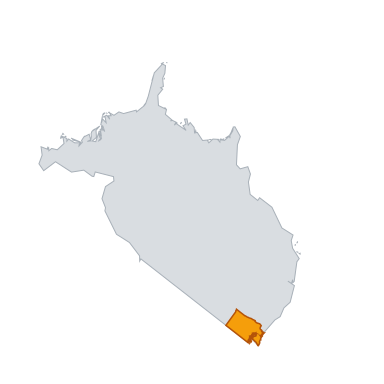 Washington on a map of United States of America (Equal Earth projection), rotated 218°
{"feature_id": "USA-3519", "entity_name": "Washington", "entity_type": "State", "adm_level": 1, "iso_a3": "USA", "parent_name": "United States of America", "parent_adm1": "", "projection": "equal_earth", "projection_center": [-122.689, 47.279], "detail": "fine", "context": "in_parent", "style": "filled", "palette": "amber", "viewbox_px": 384, "rotation_deg": 218, "n_neighbors": 0, "source": "natural_earth", "source_scale": "10m", "svg_char_len": 8638}
<svg xmlns="http://www.w3.org/2000/svg" viewBox="0 0 384 384"><g transform="rotate(218 192 192)"><path d="M299.2,133.5L318.2,131.8L322.0,117.5L330.0,120.0L332.8,128.8L338.8,134.7L332.0,136.8L332.0,138.4L330.2,136.4L329.4,139.9L324.2,142.3L322.7,151.4L326.9,155.3L329.0,154.8L328.0,153.1L328.9,153.9L329.6,155.8L323.5,157.1L321.9,155.0L321.9,157.8L314.7,158.5L310.1,162.1L310.2,160.0L309.4,158.7L309.0,163.7L310.7,164.5L311.1,168.8L308.6,174.2L304.0,170.8L305.6,167.4L303.4,169.8L305.3,173.6L307.4,175.8L308.2,178.2L305.3,187.2L305.6,181.5L300.9,176.2L302.1,170.7L298.8,172.4L301.8,180.6L297.8,178.1L296.6,178.4L297.2,175.8L297.0,175.0L296.2,177.0L296.4,178.7L302.5,182.0L301.6,183.4L298.6,180.5L297.6,180.1L301.3,183.5L302.7,184.2L302.4,186.3L300.4,184.7L303.6,187.9L303.0,188.3L301.5,186.7L298.0,185.9L302.7,189.0L305.3,188.9L309.3,196.6L305.9,190.7L307.4,194.5L302.3,193.7L306.6,197.6L308.1,196.5L306.5,200.0L301.6,198.7L304.8,200.6L302.7,202.3L305.8,203.6L300.7,204.4L298.9,210.1L294.2,211.7L286.4,222.1L285.0,221.0L282.8,230.6L282.9,233.0L285.4,240.5L295.1,262.7L294.1,274.6L290.7,275.3L286.5,268.9L285.2,263.6L279.5,257.5L280.9,254.8L278.4,255.0L278.5,247.2L271.7,239.5L262.9,241.3L260.8,236.8L251.9,236.4L252.8,234.7L251.4,236.4L247.5,237.2L247.1,233.8L246.7,236.2L234.6,236.9L239.9,238.6L238.5,241.7L242.8,244.8L241.0,246.5L236.2,242.4L236.2,245.6L230.1,244.2L226.3,240.1L224.5,242.2L215.4,239.1L210.7,243.5L211.9,242.3L209.0,241.1L208.1,246.6L203.1,250.1L204.2,249.1L200.7,248.5L202.1,250.4L198.1,252.7L197.0,258.8L195.1,257.9L196.8,259.5L197.5,265.2L199.5,268.6L198.3,269.8L188.1,265.5L185.3,257.2L173.7,240.8L168.3,239.9L163.6,246.3L157.0,242.1L153.7,234.6L144.7,225.9L135.0,225.8L135.2,229.1L119.6,229.2L99.0,219.0L85.9,220.3L83.9,214.8L78.1,209.6L66.5,205.5L66.4,201.6L56.4,184.4L56.7,182.6L58.7,184.9L57.4,181.2L61.6,180.8L53.7,181.3L46.8,165.6L48.2,157.3L45.8,148.1L47.9,142.2L48.8,125.6L52.7,126.0L48.4,125.2L49.6,120.7L48.1,120.8L45.4,111.7L54.9,113.2L53.1,118.0L56.2,114.6L55.9,118.6L53.7,119.6L55.3,119.8L57.1,118.1L57.6,114.0L54.9,107.8L191.1,107.8L190.7,105.4L194.0,109.4L210.2,113.7L225.5,112.2L249.0,123.5L250.5,126.4L258.8,131.3L263.5,143.0L260.3,152.6L263.3,155.8L280.6,148.2L278.9,143.7L280.4,142.9L290.7,142.6L299.2,133.5ZM317.4,160.5L320.5,160.0L310.0,162.9L318.4,159.4L317.4,160.5ZM55.7,111.6L57.0,114.2L56.9,114.6L55.1,112.6L55.7,111.6ZM199.2,267.6L197.5,262.6L197.4,259.8L197.8,262.8L199.2,267.6ZM332.8,137.1L333.1,138.5L332.6,138.2L332.8,137.1ZM226.5,241.6L226.9,242.7L225.8,241.8L226.5,241.6ZM71.0,209.9L72.3,209.3L72.5,209.5L71.0,209.9ZM69.6,209.5L69.1,210.3L68.6,209.6L69.6,209.5ZM326.5,157.3L325.8,158.2L325.5,158.0L326.5,157.3ZM198.0,257.2L197.4,259.5L198.9,255.1L198.0,257.2ZM292.2,255.3L294.0,259.8L291.9,254.9L292.2,255.3ZM77.9,213.5L78.5,214.6L77.8,213.6L77.9,213.5ZM294.8,275.3L293.8,276.7L295.3,273.8L294.8,275.3ZM310.2,199.3L309.3,200.9L309.6,197.0L310.2,199.3ZM54.4,109.6L54.4,110.3L53.8,109.9L54.4,109.6ZM202.2,251.3L200.3,252.3L202.2,251.0L202.2,251.3ZM329.6,157.7L329.8,158.7L328.8,158.5L329.6,157.7ZM78.0,216.7L78.4,218.1L77.8,216.9L78.0,216.7ZM199.9,253.1L199.2,253.7L199.8,252.8L199.9,253.1ZM308.0,179.9L307.2,182.1L308.1,179.1L308.0,179.9ZM210.2,244.5L209.0,245.3L210.7,243.8L210.2,244.5ZM283.2,231.8L283.2,233.6L282.9,232.3L283.2,231.8ZM306.3,203.9L305.9,204.2L306.9,202.9L306.3,203.9ZM266.1,240.9L264.7,241.8L264.1,241.6L266.1,240.9ZM246.9,236.9L246.7,237.2L245.8,237.2L246.9,236.9ZM283.6,263.8L283.9,265.1L283.3,263.5L283.6,263.8ZM243.3,239.4L243.2,240.6L242.9,238.5L243.3,239.4ZM291.7,278.4L290.9,278.6L292.0,278.2L291.7,278.4ZM311.0,169.5L310.7,170.5L311.1,169.0L311.0,169.5ZM308.5,201.2L308.0,201.6L307.9,201.6L308.5,201.2Z" fill="#d9dde1" stroke="#a8b0b8" stroke-width="1"/><path d="M55.1,107.8L83.2,107.8L83.8,124.5L84.3,125.3L84.5,125.9L84.3,126.3L84.7,127.0L74.0,127.0L73.8,127.2L73.5,127.3L71.1,127.5L70.7,127.8L69.3,128.0L68.3,128.4L67.8,128.7L67.5,128.7L67.1,128.8L66.6,128.9L65.8,128.8L65.6,128.9L64.4,129.3L63.7,129.2L63.1,129.5L62.9,129.0L62.5,128.9L61.0,128.7L60.3,128.9L59.9,128.8L59.0,129.3L57.5,129.8L56.7,129.7L56.1,129.5L55.5,129.4L55.2,129.3L55.1,128.9L55.1,128.4L54.9,128.2L55.0,127.8L54.8,127.1L54.6,126.9L54.4,126.4L54.0,126.1L53.3,125.8L52.3,126.0L51.8,125.7L51.5,125.2L50.8,125.3L50.5,125.2L50.3,125.0L50.0,125.2L49.8,125.1L49.4,125.4L49.2,125.3L48.9,125.0L48.7,124.9L48.5,125.1L48.4,125.2L48.5,124.1L48.4,122.8L48.5,122.7L48.6,122.9L48.7,123.3L48.7,124.5L49.0,124.5L49.2,124.1L49.6,124.4L49.1,123.9L49.3,123.6L49.3,123.4L49.0,122.9L49.3,123.1L49.2,122.7L49.4,122.5L49.7,122.5L50.0,122.6L49.8,122.6L49.3,122.1L49.2,122.3L48.9,122.2L48.9,122.4L48.3,122.2L48.2,121.2L48.3,121.1L48.3,121.3L48.4,121.5L48.7,121.6L48.7,121.3L48.6,121.2L49.8,120.8L48.8,120.6L48.7,120.3L48.2,120.2L48.1,120.3L48.1,120.7L48.3,120.9L48.1,120.9L47.9,121.0L48.0,120.2L47.8,119.3L47.6,118.6L47.3,118.3L47.5,118.3L47.2,118.2L47.1,117.0L46.8,115.7L46.5,115.5L46.5,115.3L46.2,115.1L46.0,114.9L45.8,114.9L45.5,114.1L45.5,113.4L45.2,113.0L45.5,112.7L45.4,112.5L45.5,112.4L45.6,112.0L45.3,111.8L45.3,111.6L46.0,111.7L46.9,112.2L47.4,112.4L47.8,112.4L48.6,113.0L49.0,113.0L49.9,113.1L50.4,113.0L50.9,113.2L51.1,113.1L51.3,113.2L51.8,113.2L51.6,113.2L51.7,113.3L52.6,113.3L53.1,113.0L53.3,112.9L53.0,113.1L53.3,113.1L53.5,113.3L53.6,113.5L53.8,113.8L53.8,113.5L54.2,113.5L54.4,113.7L54.5,113.9L54.6,114.0L54.7,113.9L54.4,113.6L54.4,113.4L54.6,113.3L55.0,113.2L55.1,113.3L54.9,113.4L54.9,113.6L55.7,114.9L55.4,115.0L55.1,115.5L54.9,116.1L54.7,116.0L54.8,115.5L54.8,115.1L54.7,115.4L54.6,115.5L54.5,115.2L54.5,115.4L54.6,115.7L54.5,115.8L54.3,116.3L53.7,116.9L53.5,117.3L53.2,117.6L53.0,118.2L53.2,118.3L53.5,118.3L54.3,118.0L54.6,117.7L53.6,118.1L53.4,118.1L53.7,117.1L54.1,116.7L55.0,116.2L55.2,115.7L55.7,115.1L55.8,115.1L56.0,115.2L55.8,114.4L56.2,114.7L56.4,115.3L56.4,115.5L56.5,115.6L56.4,115.8L56.0,115.7L56.0,115.9L55.8,116.1L55.5,115.8L55.7,116.0L55.9,116.8L55.7,116.8L55.4,116.3L55.3,116.5L55.6,116.8L55.4,117.1L56.1,116.7L56.2,117.1L56.3,117.2L56.0,118.0L55.9,118.3L56.0,118.6L56.0,118.8L55.4,118.6L55.7,118.1L55.7,117.9L55.6,118.1L55.2,118.3L55.1,118.7L55.2,119.0L55.1,119.3L54.8,118.9L54.8,118.7L54.8,117.9L54.6,118.5L54.2,118.7L54.0,119.3L53.5,119.6L53.4,119.7L53.7,119.6L53.4,119.9L54.2,119.4L53.9,119.8L53.8,120.0L54.0,119.9L54.1,119.7L54.1,119.9L54.2,120.1L54.4,120.2L54.3,119.9L54.3,119.7L54.6,119.4L54.5,119.7L54.7,119.4L55.2,119.9L55.6,119.7L56.0,119.1L56.1,118.7L56.7,118.8L56.8,118.7L56.7,118.6L57.2,118.2L57.0,117.7L57.0,117.3L56.8,116.8L56.9,116.7L57.1,116.9L57.1,116.6L56.7,116.3L56.9,115.9L56.8,115.4L56.9,115.1L57.1,114.9L57.2,114.5L57.7,114.2L57.9,113.9L57.7,113.8L57.1,113.5L57.0,113.3L56.9,112.7L56.6,112.6L56.6,112.8L56.5,113.0L56.9,113.4L57.1,113.7L56.3,113.1L56.2,112.8L56.2,112.5L56.6,112.4L56.8,112.6L56.9,112.3L56.9,112.1L56.4,111.8L56.2,111.7L56.0,111.3L55.9,111.3L55.6,111.5L55.4,111.3L55.5,111.2L55.3,110.9L55.7,110.8L55.9,111.2L56.0,111.0L56.4,111.2L56.3,110.7L56.0,110.4L56.5,110.6L56.6,110.4L56.5,110.1L56.4,110.0L56.3,109.7L56.2,109.7L56.3,109.4L55.9,109.1L55.6,109.5L55.5,109.4L55.6,109.2L55.3,109.0L55.3,108.8L55.0,108.5L55.0,108.4L55.0,108.1L54.8,108.2L55.2,108.0L55.1,107.8ZM56.9,114.0L57.1,114.4L56.9,114.7L56.6,114.6L56.6,114.3L56.4,114.2L56.2,114.3L55.9,114.1L55.8,113.7L55.8,113.1L55.7,113.0L55.1,112.8L55.1,112.5L55.5,111.6L55.8,111.5L55.9,111.8L56.2,112.0L56.1,112.3L55.9,112.1L55.7,112.4L55.6,112.2L55.6,112.5L55.2,112.6L55.3,112.7L55.6,112.7L55.9,112.9L56.1,114.0L56.3,113.9L56.2,113.7L56.3,113.5L56.9,114.0ZM53.7,110.9L54.0,111.2L53.7,111.2L53.2,110.9L53.0,110.3L53.2,110.1L54.0,110.7L53.7,110.9ZM55.1,109.9L54.7,110.2L54.4,109.6L54.3,109.9L54.5,110.3L54.2,110.3L53.9,110.0L53.9,110.3L53.7,110.1L54.3,109.6L54.5,109.6L55.1,109.9ZM56.6,117.8L57.0,118.0L56.5,118.3L56.5,118.2L56.5,117.9L56.5,118.0L56.4,118.1L56.3,118.3L56.2,118.3L56.3,117.6L56.5,117.3L56.6,117.8ZM54.5,110.7L54.6,111.1L54.8,111.2L54.7,111.4L54.4,111.4L54.2,111.2L54.2,110.9L54.4,110.5L54.5,110.7ZM56.3,116.5L56.3,116.8L55.9,116.6L56.0,116.5L55.9,116.2L56.0,115.9L56.3,116.0L56.4,116.4L56.3,116.5ZM54.5,118.8L54.6,119.3L54.2,119.0L54.3,118.7L54.6,118.6L54.5,118.8ZM55.2,113.5L55.3,113.4L55.4,113.6L55.4,114.0L55.2,113.8L55.1,113.6L55.2,113.8L55.3,113.8L55.2,113.5ZM55.3,119.3L55.5,119.4L55.4,119.6L55.1,119.5L55.3,119.3ZM55.7,109.8L55.7,110.0L55.5,109.9L55.2,109.5L55.3,109.4L55.7,109.8ZM55.3,110.2L55.5,110.5L55.4,110.6L55.2,110.3L55.3,110.2ZM48.9,123.8L49.1,124.0L49.1,124.3L48.9,124.1L48.8,123.8L48.9,123.8ZM51.7,125.6L51.8,125.7L52.2,126.0L51.7,125.8L51.7,125.6ZM53.4,107.8L53.7,107.8L53.4,107.9L53.4,107.8Z" fill="#f59e0b" stroke="#b45309" stroke-width="1.5"/></g></svg>